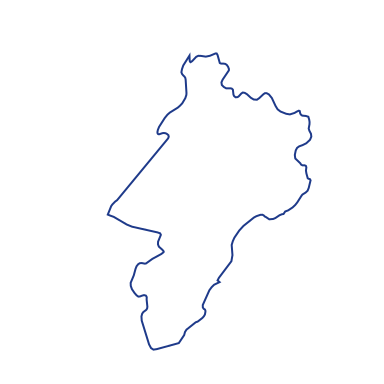 Västmanland, Robinson projection, rotated 137°
{"feature_id": "SWE-186", "entity_name": "Västmanland", "entity_type": "County", "adm_level": 1, "iso_a3": "SWE", "parent_name": "Sweden", "parent_adm1": "", "projection": "robinson", "projection_center": [16.24, 59.758], "detail": "fine", "context": "isolated", "style": "outline", "palette": "blue", "viewbox_px": 384, "rotation_deg": 137, "n_neighbors": 0, "source": "natural_earth", "source_scale": "10m", "svg_char_len": 2847}
<svg xmlns="http://www.w3.org/2000/svg" viewBox="0 0 384 384"><g transform="rotate(137 192 192)"><path d="M269.0,232.9L260.7,236.8L258.7,237.2L254.7,237.4L252.4,237.1L172.9,247.5L171.3,248.3L171.2,248.5L170.5,249.7L170.7,251.4L171.2,252.9L172.3,254.3L173.5,255.2L176.6,256.6L177.1,257.1L177.3,257.8L177.0,258.7L176.3,259.5L174.6,260.7L171.6,262.1L161.5,264.7L157.2,265.3L154.0,265.2L144.9,263.4L142.1,263.3L138.7,263.5L132.9,265.2L130.0,266.8L128.6,268.1L120.1,278.4L119.1,280.0L118.8,281.5L118.9,283.2L118.8,285.0L118.1,286.8L115.5,288.7L112.1,290.5L100.8,293.5L104.0,289.8L104.6,288.8L104.5,287.9L102.6,287.6L96.7,288.0L94.5,287.3L92.7,285.5L89.6,281.6L86.0,279.4L80.3,277.3L79.5,276.5L79.9,274.7L83.7,267.4L83.5,266.7L82.9,265.8L81.4,264.4L80.3,263.0L79.9,261.3L80.2,259.0L81.1,256.8L82.1,255.8L92.9,253.3L95.7,252.1L97.2,249.9L97.1,247.1L96.3,244.5L93.0,241.4L92.4,240.5L92.3,239.4L92.3,239.0L92.5,238.7L95.3,234.9L95.8,233.3L95.5,231.5L93.9,230.3L92.5,230.1L88.8,230.4L87.0,230.1L85.8,228.5L85.1,226.0L84.7,220.8L83.8,217.6L81.6,215.2L78.9,214.8L72.9,214.8L71.2,214.5L70.0,213.3L69.2,210.9L69.5,206.3L72.2,198.0L73.0,194.1L72.4,190.5L69.8,185.0L67.5,182.0L63.1,179.9L60.4,179.3L58.4,178.6L58.0,177.7L59.1,176.0L59.6,174.5L59.3,172.7L56.9,170.0L55.6,167.7L57.0,164.9L58.3,163.0L59.9,161.4L63.4,158.8L64.4,156.7L65.3,153.4L67.0,151.1L70.1,149.7L75.2,149.7L79.2,150.9L82.5,152.3L85.0,152.6L87.7,151.7L91.5,149.0L92.9,147.1L93.6,146.0L93.2,139.1L93.4,138.3L93.5,137.5L93.0,136.1L91.5,134.8L90.9,133.5L91.5,132.1L94.1,129.9L95.7,127.5L98.0,123.1L97.7,122.1L97.0,121.1L97.3,119.7L103.8,115.4L106.6,114.1L109.3,114.1L112.8,114.8L114.0,114.7L122.1,112.6L125.4,112.1L129.0,112.1L134.3,113.0L137.1,114.2L140.1,113.5L141.4,114.4L143.8,115.3L148.8,116.1L151.0,116.9L154.1,119.3L155.0,123.2L155.5,124.5L155.5,125.9L156.0,127.3L157.4,128.6L161.4,130.4L164.1,131.1L177.5,132.1L183.7,131.6L192.1,129.7L195.7,128.2L199.1,126.2L205.5,118.2L210.4,114.5L230.8,110.9L233.6,109.9L233.3,107.3L239.1,109.1L242.5,109.0L246.3,108.3L261.2,102.0L262.8,100.2L263.1,98.6L262.7,97.3L263.0,96.3L263.8,95.3L266.1,93.6L268.1,93.0L270.4,92.8L275.9,93.3L276.5,93.4L277.3,93.9L278.3,94.2L289.9,95.1L292.6,94.4L295.3,92.7L304.7,90.5L324.9,101.1L327.7,103.0L328.4,105.8L327.3,109.9L316.5,132.2L313.8,135.5L311.4,137.0L309.5,137.4L305.8,137.0L304.3,137.4L302.9,138.5L298.6,144.2L296.9,145.9L296.6,146.6L296.4,147.7L297.4,149.3L299.1,150.2L301.3,151.1L302.6,152.1L303.0,154.2L302.9,157.4L302.2,161.9L300.8,165.1L298.8,167.4L291.5,170.7L285.7,174.3L283.2,175.5L280.5,175.9L278.7,175.5L277.2,174.3L275.4,171.8L274.4,171.1L266.5,170.1L256.8,167.6L254.6,167.4L253.5,167.5L253.1,168.5L253.1,170.3L253.5,174.6L252.6,176.9L250.7,178.8L244.0,181.9L243.5,183.5L244.8,186.0L259.5,207.5L261.9,212.7L266.2,227.2L267.7,230.1L269.0,232.9Z" fill="none" stroke="#1e3a8a" stroke-width="2"/></g></svg>